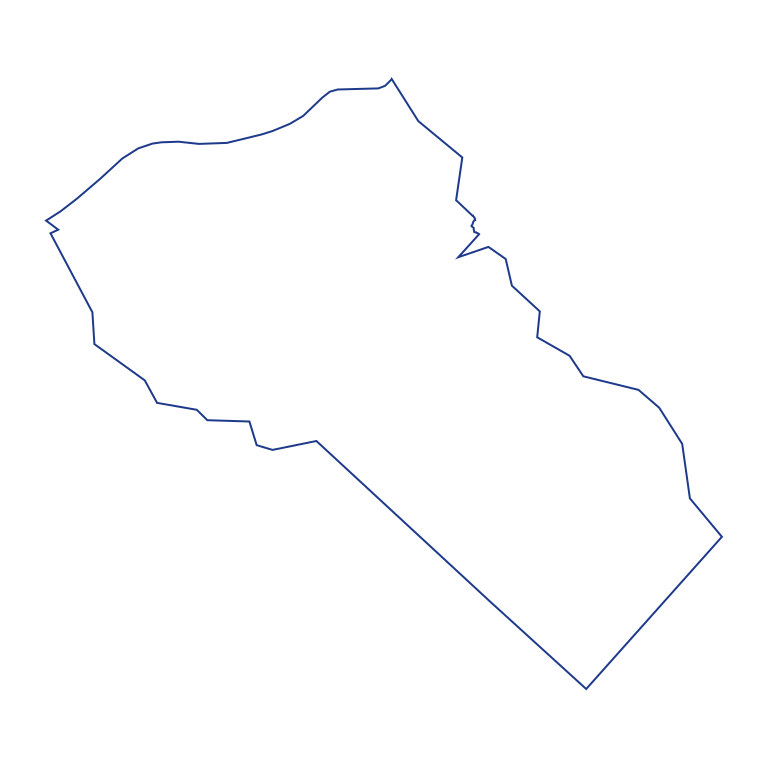 Gloucester, New Jersey, United States of America
{"feature_id": "52423323B68296244508740", "entity_name": "Gloucester", "entity_type": "district", "adm_level": 2, "iso_a3": "USA", "parent_name": "United States of America", "parent_adm1": "New Jersey", "projection": "mercator", "projection_center": [-75.155, 39.702], "detail": "fine", "context": "isolated", "style": "outline", "palette": "blue", "viewbox_px": 768, "rotation_deg": 0, "n_neighbors": 0, "source": "geoboundaries", "source_scale": "gbopen_adm2", "svg_char_len": 1118}
<svg xmlns="http://www.w3.org/2000/svg" viewBox="0 0 768 768"><path d="M302.7,116.2L289.9,123.8L272.3,131.1L261.8,134.4L226.9,142.9L199.0,143.9L178.5,141.7L167.4,142.1L161.5,142.3L152.4,143.6L138.2,148.4L122.3,158.5L100.4,178.6L76.9,198.7L60.3,211.5L46.1,220.6L58.2,229.7L50.5,233.3L92.4,312.3L94.4,344.1L144.8,380.4L157.1,402.9L196.8,409.8L207.3,420.2L249.4,421.5L256.7,445.2L272.5,449.9L316.4,441.0L489.9,601.4L586.2,689.0L678.4,585.6L721.9,536.8L689.9,498.4L682.2,443.9L659.2,407.7L638.5,389.9L583.3,376.3L569.6,355.8L537.2,337.3L539.8,311.4L511.9,285.7L505.7,259.0L488.4,246.9L458.3,257.2L479.1,234.2L478.7,233.8L477.7,233.2L476.7,232.8L476.0,232.3L475.7,232.5L474.3,232.1L474.1,231.7L473.7,229.0L473.8,228.6L473.6,227.8L471.6,226.3L471.6,225.5L472.3,224.7L473.0,222.8L473.4,221.5L474.3,220.4L474.9,220.2L474.7,219.9L475.1,218.8L474.7,218.5L474.3,217.3L473.1,216.2L473.0,215.7L472.5,215.7L456.1,200.2L462.3,157.5L418.3,121.1L391.7,79.0L391.5,79.4L388.7,82.3L385.1,85.8L384.9,85.9L378.3,88.4L348.3,89.2L337.7,89.5L329.8,91.7L322.2,97.7L303.2,115.9L302.7,116.2Z" fill="none" stroke="#1e3a8a" stroke-width="2"/></svg>